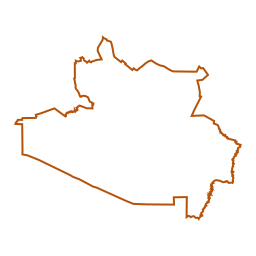 South Cotabato, South Cotabato, Philippines (orthographic projection)
{"feature_id": "2640588B59746130391756", "entity_name": "South Cotabato", "entity_type": "district", "adm_level": 2, "iso_a3": "PHL", "parent_name": "Philippines", "parent_adm1": "South Cotabato", "projection": "orthographic", "projection_center": [125.136, 6.312], "detail": "fine", "context": "isolated", "style": "outline", "palette": "amber", "viewbox_px": 256, "rotation_deg": 0, "n_neighbors": 0, "source": "geoboundaries", "source_scale": "gbopen_adm2", "svg_char_len": 5682}
<svg xmlns="http://www.w3.org/2000/svg" viewBox="0 0 256 256"><path d="M199.2,66.5L196.6,71.7L173.0,71.4L169.9,70.0L163.8,66.2L160.0,65.4L156.2,63.6L151.3,60.4L148.7,61.3L145.8,63.1L142.5,66.0L139.3,68.3L137.1,70.4L135.2,69.6L133.8,68.3L132.3,70.0L125.2,64.1L125.7,63.5L122.3,60.6L121.1,62.1L114.3,56.8L113.6,54.2L112.5,47.8L111.4,43.1L110.8,41.7L106.8,40.4L106.6,39.4L103.8,38.1L103.0,37.3L102.5,40.1L97.9,47.8L97.7,51.1L98.9,53.4L99.7,55.5L101.0,57.8L101.6,59.4L96.9,59.9L91.8,61.6L91.1,62.3L89.9,61.8L89.2,60.7L87.0,62.7L85.9,61.4L84.7,60.9L84.1,60.3L83.5,58.1L82.6,57.8L82.4,57.2L80.3,57.9L80.8,58.5L80.9,60.8L78.8,61.3L76.7,61.4L76.4,61.0L75.8,60.7L75.8,63.3L74.8,63.3L74.9,78.2L74.2,78.5L74.2,79.0L74.8,81.1L75.2,83.7L75.7,84.8L75.5,87.1L75.9,88.8L77.3,90.4L78.9,93.1L79.8,95.8L80.2,96.6L80.9,96.8L81.7,96.4L81.5,96.2L83.0,95.8L85.3,96.0L86.9,96.7L87.7,97.1L88.5,98.4L89.6,101.3L90.0,101.8L91.6,102.3L92.1,103.3L93.4,103.4L93.3,104.7L92.4,104.7L92.2,105.1L92.5,108.4L86.9,108.3L79.7,105.6L79.2,105.7L78.9,105.9L78.5,106.5L77.7,106.7L77.4,107.2L77.3,107.7L76.7,107.8L77.0,108.3L77.0,108.9L77.4,109.4L77.4,110.2L77.0,110.4L76.5,110.2L75.9,111.0L75.8,110.4L75.1,110.3L74.8,109.8L74.8,110.8L74.4,110.7L73.9,111.9L72.9,111.9L72.6,112.1L72.1,112.1L71.8,111.7L71.9,111.4L71.2,111.2L71.0,111.5L70.3,111.5L70.2,112.1L69.2,112.0L68.9,112.4L68.3,112.4L68.0,113.0L67.8,112.9L67.7,112.5L67.2,112.6L66.5,113.1L66.2,114.2L65.8,114.5L66.0,114.8L65.9,115.3L66.0,115.8L65.9,116.2L65.5,116.5L54.4,108.4L41.2,113.2L35.8,114.8L35.9,115.4L36.5,116.5L36.0,116.9L35.8,117.9L22.5,118.1L22.1,118.9L22.1,119.9L17.8,119.9L17.3,120.6L17.4,121.3L17.0,121.5L16.7,122.0L16.1,122.3L15.9,123.2L15.5,123.3L15.4,124.0L22.2,124.2L22.5,150.7L22.4,154.4L27.6,155.4L39.0,160.0L70.3,175.2L73.1,176.9L79.2,179.2L93.5,186.8L95.1,187.1L96.6,187.6L125.6,200.7L133.5,203.9L147.9,204.4L174.0,204.6L173.8,197.3L186.8,197.1L186.6,217.1L188.2,215.9L189.5,216.2L190.9,217.2L191.8,216.6L193.3,216.2L194.5,216.5L194.7,217.0L195.6,217.8L196.5,217.9L197.6,217.7L198.6,218.3L198.8,218.7L199.1,218.0L200.8,216.3L200.9,216.0L201.3,215.9L201.0,215.6L201.3,215.6L201.2,215.5L201.5,214.8L201.4,214.6L201.5,214.6L201.3,214.4L201.3,212.9L201.8,212.5L201.6,212.3L201.9,212.4L203.0,211.3L203.2,210.5L202.9,209.6L203.2,209.3L203.4,209.5L203.1,209.2L203.5,208.9L203.4,209.0L203.6,208.7L203.7,208.9L203.8,208.8L203.6,208.6L203.7,208.4L204.5,208.0L205.1,207.0L205.2,206.5L205.4,206.6L205.1,206.4L205.4,206.5L205.3,206.4L205.5,206.2L205.4,206.1L205.8,205.9L205.5,205.8L205.6,205.3L206.0,205.4L205.6,205.2L205.8,204.1L206.7,203.2L207.4,202.9L207.4,202.6L208.4,202.3L208.2,202.0L208.4,201.7L208.1,201.6L208.4,201.7L208.2,201.6L208.4,201.5L208.4,201.1L208.7,200.8L208.8,200.3L208.8,199.7L209.0,199.7L209.0,200.2L209.2,199.5L208.8,198.8L209.2,198.7L208.8,198.6L208.7,198.4L209.0,198.3L209.0,198.2L208.7,198.3L208.6,198.0L208.9,198.0L208.6,197.7L208.8,197.2L208.6,196.5L208.8,196.5L208.8,196.3L209.1,196.4L209.0,196.2L209.3,196.4L209.1,196.1L209.9,195.4L210.0,195.1L209.7,195.0L210.0,195.0L209.7,194.9L209.7,194.7L210.1,194.5L209.8,194.3L210.2,194.4L209.9,194.1L210.3,194.2L210.1,194.1L210.3,194.0L210.1,193.9L210.3,193.9L210.3,193.7L210.1,193.6L210.0,193.4L210.4,193.4L210.5,193.3L210.1,193.2L210.5,193.2L210.3,193.1L210.6,192.9L210.6,192.6L210.4,192.6L210.6,192.5L210.4,192.2L210.7,192.2L211.1,191.7L211.4,191.3L211.3,191.1L211.5,191.1L211.4,190.9L212.1,190.5L211.9,190.1L212.0,189.8L211.4,188.9L211.3,188.7L211.5,188.7L211.3,188.7L211.5,188.5L211.3,188.3L211.4,188.0L211.9,188.1L211.7,188.0L211.7,187.7L212.0,187.9L211.7,187.3L212.0,187.3L212.1,187.5L212.3,187.1L212.0,186.9L212.4,186.8L212.3,186.6L212.1,186.6L212.3,186.5L211.9,186.6L211.9,186.4L211.8,186.5L211.6,186.2L211.9,185.7L211.5,186.0L211.6,185.9L211.6,185.7L211.4,185.3L211.6,185.2L211.4,185.2L211.5,185.0L211.3,185.0L211.2,184.6L211.4,184.5L211.3,184.3L211.5,183.9L213.2,183.1L212.5,182.6L212.7,182.3L214.5,180.7L215.5,180.3L216.6,180.2L220.6,180.9L221.9,181.8L223.4,182.2L224.7,181.9L225.1,181.6L225.5,181.8L225.9,181.4L227.0,181.4L227.1,181.2L227.4,181.4L227.6,182.0L228.3,182.3L228.8,182.9L230.3,182.8L230.6,182.7L231.3,182.6L231.7,182.9L231.8,183.4L231.8,183.2L232.4,183.0L232.9,182.3L233.0,181.0L232.7,179.9L233.4,177.8L233.2,177.0L232.4,176.5L232.3,176.2L233.1,175.6L233.2,175.2L232.9,175.0L232.3,174.9L232.3,174.5L232.5,174.2L231.7,172.7L232.0,172.4L233.3,172.1L233.4,171.7L233.2,171.5L231.8,171.5L231.6,171.1L232.0,170.2L232.2,168.2L232.5,167.8L232.5,167.0L233.2,166.3L232.9,165.3L233.9,163.6L233.7,163.4L232.9,163.3L232.9,162.6L233.5,160.8L233.3,160.4L232.5,160.1L232.3,159.6L232.4,159.3L233.7,158.5L233.7,157.4L234.0,156.9L235.0,155.9L235.6,155.8L235.2,154.4L236.3,154.5L236.3,153.0L237.5,152.8L238.0,152.0L237.9,151.7L237.1,151.7L236.7,151.1L236.7,150.9L237.2,150.8L238.2,149.5L237.9,149.0L237.9,148.2L239.3,147.2L240.2,146.9L240.1,146.0L240.6,145.3L240.6,144.8L239.0,144.6L238.5,144.0L237.3,144.0L236.5,143.7L236.4,143.0L236.5,142.1L235.9,142.3L236.0,141.5L235.2,141.5L235.3,141.1L234.8,140.6L234.9,140.3L227.8,138.6L227.8,138.0L227.3,137.9L227.4,137.6L227.3,137.3L227.0,137.4L227.0,137.0L226.2,136.8L226.3,136.7L225.8,136.2L225.0,135.9L225.3,135.8L224.9,135.5L225.1,135.4L225.1,135.1L224.5,135.4L224.2,135.3L224.0,135.1L223.3,134.7L223.4,134.4L223.0,134.2L222.6,134.3L221.8,133.1L220.9,132.8L221.0,132.7L221.0,132.4L220.8,132.4L220.4,131.8L220.4,131.6L220.2,131.5L220.3,131.4L220.2,130.1L219.3,129.3L219.5,129.1L219.2,128.9L218.5,126.5L217.5,124.9L213.8,123.5L214.1,121.0L204.0,115.4L191.7,115.9L194.0,110.6L201.1,96.6L199.7,96.4L199.9,92.5L198.7,85.8L197.3,80.5L202.5,79.8L208.0,74.9L203.1,68.0L201.2,68.5L199.2,66.5Z" fill="none" stroke="#b45309" stroke-width="2"/></svg>